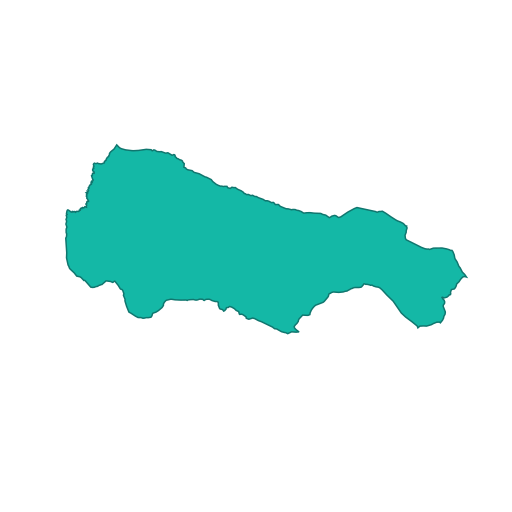 El Dorado, San Martín, Peru, rotated 131°
{"feature_id": "86281439B18288209632206", "entity_name": "El Dorado", "entity_type": "district", "adm_level": 2, "iso_a3": "PER", "parent_name": "Peru", "parent_adm1": "San Martín", "projection": "robinson", "projection_center": [-76.72, -6.537], "detail": "fine", "context": "isolated", "style": "filled", "palette": "teal", "viewbox_px": 512, "rotation_deg": 131, "n_neighbors": 0, "source": "geoboundaries", "source_scale": "gbopen_adm2", "svg_char_len": 6121}
<svg xmlns="http://www.w3.org/2000/svg" viewBox="0 0 512 512"><g transform="rotate(131 256 256)"><path d="M388.0,382.1L388.8,378.1L387.2,375.2L387.0,373.8L387.4,369.8L386.8,369.4L386.7,368.9L387.9,360.3L387.1,358.9L385.8,357.6L384.1,356.7L382.9,355.7L381.2,355.2L380.1,354.5L379.4,354.3L378.7,353.6L373.1,352.8L370.6,349.0L370.0,346.9L369.4,346.6L368.0,346.4L367.6,345.9L368.6,340.6L369.7,337.2L369.8,336.5L369.2,335.1L369.4,334.0L371.2,330.9L372.6,330.3L374.6,326.4L375.8,325.5L376.4,324.6L378.9,320.6L381.7,315.1L381.2,312.8L380.5,307.6L379.8,304.6L377.9,302.4L377.3,300.8L376.6,299.9L374.3,298.2L373.4,297.0L371.1,295.1L369.4,295.3L367.5,296.2L366.6,296.2L364.1,294.7L361.2,293.8L356.6,293.1L354.1,293.4L352.9,294.4L351.0,294.8L349.0,294.8L348.2,294.6L344.7,292.1L344.0,291.3L342.2,288.4L338.5,283.7L335.0,279.8L334.7,278.8L333.6,278.4L332.2,277.1L329.9,274.7L329.0,272.9L328.5,272.2L327.3,271.2L325.9,270.5L324.8,269.4L323.6,267.7L323.7,266.3L323.5,265.9L321.9,265.5L321.1,264.9L319.5,263.2L319.0,262.3L318.5,260.0L317.1,256.9L316.0,255.6L315.7,254.4L315.9,253.9L317.9,252.1L319.5,249.0L319.5,248.3L318.4,246.1L318.8,244.2L317.7,243.8L315.7,243.8L314.9,244.3L314.2,244.3L313.2,243.3L311.4,242.8L310.5,240.8L309.9,237.7L310.1,235.3L309.3,232.6L310.7,230.6L310.8,230.0L309.4,228.8L308.8,227.2L308.5,223.8L308.6,223.3L309.3,222.7L309.1,221.6L308.4,219.9L305.0,217.8L304.1,215.9L303.2,211.9L302.0,208.7L298.8,196.9L298.7,194.3L297.5,192.6L296.4,187.1L295.0,184.2L294.3,183.2L293.8,181.1L289.9,179.4L287.1,175.7L285.4,174.1L285.1,174.2L285.3,177.3L285.1,179.6L284.2,180.9L282.1,181.1L280.1,180.9L277.6,181.2L276.7,181.8L275.3,182.2L270.0,182.0L267.2,178.4L266.5,177.7L264.9,176.9L263.5,177.8L260.7,178.7L258.4,179.0L255.8,179.0L254.0,178.7L247.0,175.0L245.5,174.7L239.9,174.8L238.5,175.1L237.5,175.8L236.4,176.0L235.6,175.5L233.7,174.9L232.3,173.9L229.2,169.7L225.9,166.6L224.2,165.6L222.7,164.3L221.0,163.8L219.8,163.2L218.9,163.1L217.3,162.1L215.9,161.5L214.7,160.5L212.2,157.6L210.8,156.4L210.1,156.1L207.5,156.1L206.5,156.3L206.0,156.1L205.3,154.4L204.6,153.8L203.3,151.4L203.0,150.4L201.9,149.4L201.5,147.4L200.5,145.2L199.2,143.1L198.8,141.5L198.8,138.6L199.6,131.7L200.1,122.8L203.7,108.9L203.9,103.1L203.3,95.2L203.1,88.9L203.2,88.1L204.0,86.7L201.4,86.3L198.8,83.6L197.0,81.3L192.8,78.6L190.6,77.8L187.3,76.1L185.5,74.1L185.5,73.0L182.2,73.1L179.8,73.7L178.4,74.6L176.0,75.1L174.4,76.1L173.9,76.6L171.2,81.7L170.2,82.4L168.1,82.6L166.8,83.5L165.9,85.2L165.9,86.5L165.2,88.4L164.7,88.1L164.2,86.5L161.7,84.9L159.3,84.5L158.5,84.7L157.6,83.9L156.7,84.3L156.0,85.2L155.1,85.7L153.4,86.4L153.0,86.4L150.7,84.7L149.0,84.8L147.2,85.3L145.5,86.2L142.2,85.9L139.4,86.3L136.5,86.2L135.6,85.8L134.5,84.9L133.8,83.4L133.0,86.4L132.8,89.7L131.0,94.2L130.7,96.1L128.6,100.2L127.4,104.3L125.1,107.2L123.5,110.4L123.2,111.8L124.1,112.8L124.5,114.4L125.7,117.0L127.9,120.8L133.7,127.3L137.2,129.3L137.5,130.3L138.4,131.2L139.6,133.1L141.0,136.9L145.2,153.2L144.7,154.8L142.6,157.1L139.6,158.2L138.4,159.2L135.7,160.4L135.2,161.8L134.6,161.9L135.2,163.5L134.9,164.6L134.9,166.5L135.6,169.4L136.7,172.4L137.1,174.3L137.9,179.8L138.6,186.1L139.3,190.0L141.0,191.5L141.6,192.3L143.6,193.3L144.0,194.9L153.2,211.6L155.7,212.9L162.6,215.5L170.9,217.7L172.5,218.7L172.9,219.2L173.2,222.2L173.9,223.4L176.3,225.0L177.8,225.3L179.0,225.9L179.4,230.2L180.8,232.8L181.4,235.1L185.5,240.2L187.8,243.6L190.1,246.1L192.1,247.9L192.4,248.4L192.8,251.1L193.7,253.6L194.7,255.2L195.3,257.0L196.8,258.8L197.7,259.4L199.3,262.6L200.6,264.3L202.5,269.9L202.6,271.0L202.4,272.6L202.5,273.0L204.5,275.1L204.1,277.5L204.2,278.1L205.6,279.4L206.2,282.2L206.9,283.7L208.2,285.2L208.6,287.8L210.5,292.7L210.8,294.6L211.9,296.0L212.4,298.4L213.8,299.5L214.6,302.2L215.8,303.3L215.9,303.7L216.0,304.8L216.5,306.0L216.2,307.3L216.5,309.9L217.7,313.7L217.9,316.5L218.9,317.5L219.9,319.3L221.9,319.8L223.0,322.0L222.5,323.6L223.9,325.3L224.8,326.0L225.9,327.9L226.6,328.6L227.5,331.1L228.0,333.1L228.2,337.5L227.7,339.9L229.0,345.0L229.7,346.3L231.2,352.9L233.5,357.6L233.5,360.2L235.6,363.9L236.1,365.5L235.7,366.8L236.3,368.7L233.4,370.7L233.2,372.9L232.6,373.8L232.6,375.0L233.5,377.0L233.7,378.5L234.3,379.9L234.0,380.8L234.1,382.1L233.1,383.2L233.1,384.0L233.4,384.6L235.0,385.4L235.9,390.2L237.7,391.7L239.3,395.9L240.6,397.2L242.2,399.5L242.3,401.2L242.9,402.7L244.5,403.2L244.7,403.5L244.6,404.9L247.5,408.8L253.4,413.9L257.0,417.6L258.0,418.9L261.5,424.1L263.3,427.9L263.7,429.3L263.8,430.6L263.5,434.0L268.4,433.3L272.6,434.0L274.6,433.9L275.7,433.1L277.1,432.8L277.6,432.5L279.0,432.9L280.9,432.6L282.3,432.0L282.8,432.3L283.2,432.2L284.1,432.4L285.2,431.6L288.1,433.2L289.6,435.5L289.9,436.6L290.9,437.1L291.7,438.0L291.9,438.8L292.5,439.0L293.4,438.9L293.8,438.6L294.5,437.2L295.7,437.1L296.1,436.1L296.6,435.9L297.5,436.3L298.4,435.6L298.8,435.0L298.7,433.6L299.5,432.5L300.0,432.5L300.3,433.3L300.8,433.5L301.7,433.2L302.4,432.5L303.3,432.8L305.3,429.5L305.4,428.8L306.7,428.5L307.0,428.7L307.3,429.2L307.7,429.2L308.1,427.9L308.8,428.5L309.2,428.5L309.9,427.3L311.5,427.9L312.2,427.6L312.8,427.7L313.7,427.1L314.4,427.3L314.7,426.5L315.5,426.6L316.2,426.4L316.6,425.2L317.3,425.1L317.8,425.8L318.0,425.2L318.3,424.9L319.7,425.7L319.7,425.2L319.1,424.5L319.1,424.3L319.6,424.1L320.7,424.3L321.3,423.4L322.1,423.4L322.3,422.4L323.4,421.6L323.6,420.4L324.5,418.3L324.8,418.3L325.2,419.0L325.6,419.2L326.4,419.1L327.1,418.3L328.3,418.5L328.6,418.1L328.6,417.2L329.8,416.7L330.4,416.0L331.1,417.5L332.7,417.5L333.2,418.7L333.6,418.6L334.0,419.0L334.5,418.7L334.7,419.4L335.5,419.5L336.0,419.4L336.7,418.7L337.3,419.4L337.8,419.1L338.7,419.0L339.9,420.6L340.4,420.6L340.8,421.1L341.5,421.0L341.6,422.3L342.6,422.8L342.6,423.6L342.9,423.9L343.7,423.7L344.1,424.5L344.4,427.6L344.7,428.3L345.2,428.4L346.0,428.2L348.3,426.9L348.6,425.8L349.7,426.0L350.9,424.2L353.1,423.3L353.7,422.1L354.5,421.4L356.6,420.4L358.3,417.6L360.1,417.0L361.0,416.3L363.0,414.5L363.4,413.5L365.3,412.0L366.3,411.5L367.3,411.3L377.8,400.9L381.7,397.8L386.1,391.9L386.7,390.2L387.4,389.2L387.8,387.7L388.0,382.1Z" fill="#14b8a6" stroke="#0f766e" stroke-width="1.5"/></g></svg>